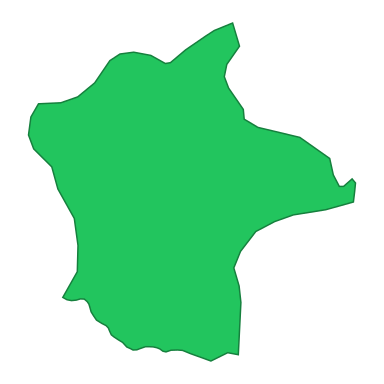 outline of Masis, Ararat, Armenia
{"feature_id": "60910142B5902615753195", "entity_name": "Masis", "entity_type": "district", "adm_level": 2, "iso_a3": "ARM", "parent_name": "Armenia", "parent_adm1": "Ararat", "projection": "natural_earth1", "projection_center": [44.401, 40.079], "detail": "fine", "context": "isolated", "style": "filled", "palette": "green", "viewbox_px": 384, "rotation_deg": 0, "n_neighbors": 0, "source": "geoboundaries", "source_scale": "gbopen_adm2", "svg_char_len": 1170}
<svg xmlns="http://www.w3.org/2000/svg" viewBox="0 0 384 384"><path d="M62.8,297.4L66.9,299.7L71.5,300.6L76.3,300.1L80.4,298.9L84.3,299.1L87.2,301.6L88.9,304.1L90.1,308.1L91.1,311.8L93.5,315.7L96.5,320.1L99.4,321.9L102.0,323.5L106.1,325.6L108.3,327.9L109.6,331.1L111.3,334.8L114.2,337.1L118.5,339.9L122.6,342.4L126.8,347.0L130.4,348.6L133.0,350.0L136.9,349.8L140.0,348.6L145.5,346.7L148.9,346.7L153.2,346.9L156.3,347.6L157.1,347.8L159.8,348.9L162.9,351.2L166.0,351.9L171.1,350.2L177.6,350.0L182.6,350.4L187.0,352.2L190.4,353.6L196.5,355.8L210.9,361.0L227.7,352.7L238.3,354.7L240.9,302.5L239.1,286.0L233.8,267.9L240.5,251.4L255.8,231.5L274.6,221.6L293.3,214.9L325.8,209.7L353.4,202.0L354.7,191.2L355.5,183.0L352.1,178.9L343.6,186.4L339.3,186.4L333.3,174.9L329.7,158.5L299.8,137.4L257.9,127.4L244.2,119.2L243.3,109.4L228.6,88.1L224.3,76.7L226.8,64.4L239.5,46.2L232.6,23.0L214.3,30.5L206.1,35.8L185.7,49.8L170.4,62.7L165.3,63.5L150.8,55.4L133.7,52.2L120.0,54.0L109.9,60.6L94.7,82.9L77.7,96.9L60.7,102.8L38.5,103.8L30.9,117.0L28.5,135.0L33.7,148.9L51.8,166.9L57.9,189.0L74.3,218.4L78.0,245.5L77.3,271.7L62.8,297.4Z" fill="#22c55e" stroke="#15803d" stroke-width="1.5"/></svg>